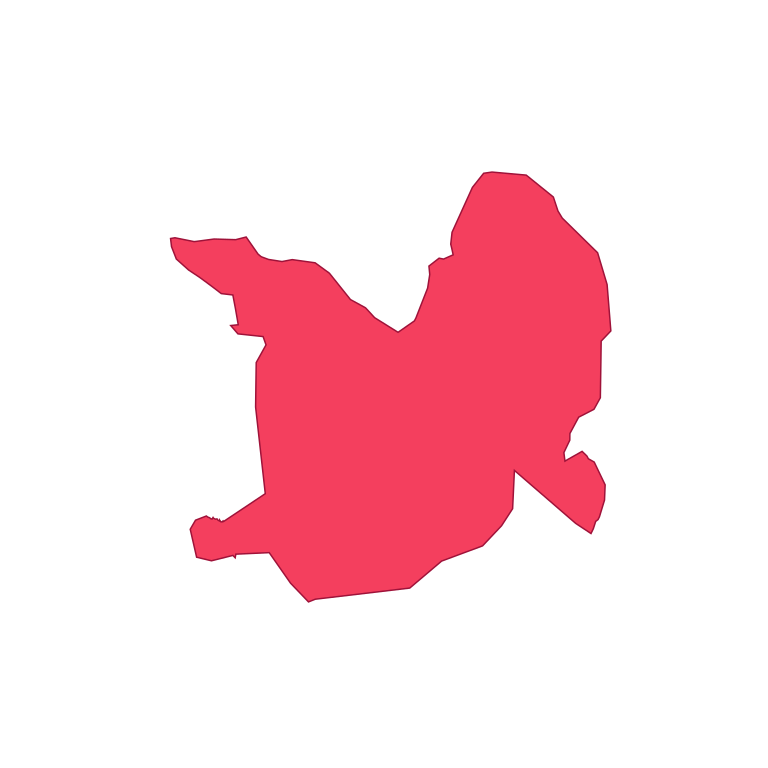 outline of Charles, Maryland, United States of America, rotated 148°
{"feature_id": "52423323B57744592027693", "entity_name": "Charles", "entity_type": "district", "adm_level": 2, "iso_a3": "USA", "parent_name": "United States of America", "parent_adm1": "Maryland", "projection": "albers", "projection_center": [-76.955, 38.48], "detail": "fine", "context": "isolated", "style": "filled", "palette": "rose", "viewbox_px": 768, "rotation_deg": 148, "n_neighbors": 0, "source": "geoboundaries", "source_scale": "gbopen_adm2", "svg_char_len": 1647}
<svg xmlns="http://www.w3.org/2000/svg" viewBox="0 0 768 768"><g transform="rotate(148 384 384)"><path d="M625.3,363.5L634.7,336.4L624.0,325.5L603.6,318.9L603.0,318.7L602.3,315.5L599.8,318.2L570.7,301.8L568.8,264.6L563.5,239.2L556.3,237.9L470.3,197.3L429.0,203.3L386.2,194.5L359.4,201.5L341.0,210.1L319.2,241.6L295.3,164.2L287.7,147.5L283.2,150.3L277.3,155.3L274.3,155.6L271.7,157.2L258.5,168.7L249.9,181.3L248.3,195.8L247.1,206.4L250.3,212.3L250.1,215.4L251.7,221.9L267.6,222.6L271.4,222.7L267.8,230.5L256.2,237.9L252.6,243.5L236.5,252.7L219.3,251.3L207.8,257.7L186.3,291.0L177.1,305.3L172.7,306.4L163.5,308.8L156.6,322.1L149.3,336.2L142.1,350.1L133.3,382.1L144.9,430.2L144.8,438.5L141.3,452.8L152.7,485.8L180.1,506.5L187.8,509.9L204.8,503.9L245.9,476.6L253.3,467.2L254.7,463.0L256.9,456.9L267.3,458.4L270.6,461.5L283.4,460.2L287.2,452.6L296.2,442.2L321.9,423.1L323.6,422.1L324.8,421.4L344.4,420.4L344.7,420.4L356.8,445.2L359.3,458.4L367.7,473.4L371.6,506.9L378.2,523.3L395.9,538.1L405.6,541.9L415.9,550.8L420.0,556.1L420.8,557.3L422.0,561.0L422.0,561.3L423.0,581.7L433.3,585.0L451.3,597.0L468.0,604.6L469.6,605.4L483.8,618.8L487.9,620.5L491.4,613.1L493.6,601.5L493.9,600.1L489.3,584.2L484.0,572.5L478.2,557.9L474.1,546.9L465.0,539.6L469.9,527.0L473.8,517.4L476.2,511.5L483.0,514.8L481.3,503.9L461.4,488.3L463.3,479.8L463.3,479.7L481.0,469.9L505.1,432.5L542.8,353.9L592.9,352.4L593.0,353.2L594.3,352.8L595.4,353.6L595.5,355.4L595.9,354.7L596.9,356.4L597.1,358.1L598.6,358.7L599.7,360.5L599.7,361.4L601.3,360.6L602.2,361.4L602.8,363.0L604.0,364.6L604.6,366.2L616.0,368.4L625.3,363.5Z" fill="#f43f5e" stroke="#9f1239" stroke-width="1.5"/></g></svg>